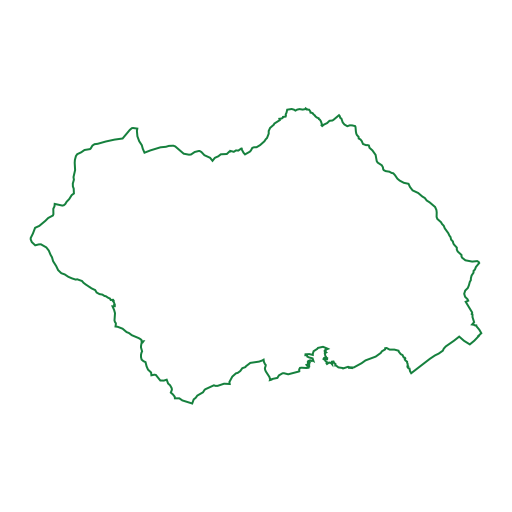 Balcani, Bacau, Romania
{"feature_id": "2599482B16052251783931", "entity_name": "Balcani", "entity_type": "district", "adm_level": 2, "iso_a3": "ROU", "parent_name": "Romania", "parent_adm1": "Bacau", "projection": "equal_earth", "projection_center": [26.5, 46.643], "detail": "fine", "context": "isolated", "style": "outline", "palette": "green", "viewbox_px": 512, "rotation_deg": 0, "n_neighbors": 0, "source": "geoboundaries", "source_scale": "gbopen_adm2", "svg_char_len": 6067}
<svg xmlns="http://www.w3.org/2000/svg" viewBox="0 0 512 512"><path d="M353.7,367.5L361.6,363.2L365.5,360.4L375.7,356.6L380.7,353.0L381.9,351.3L385.1,349.4L385.2,348.2L386.6,348.0L389.6,349.6L394.4,349.6L398.5,350.7L398.8,351.7L400.8,354.2L402.5,355.0L403.7,357.5L404.8,357.7L405.3,358.3L404.8,359.5L405.5,360.5L407.1,361.7L407.1,362.7L407.7,364.1L407.6,365.2L408.1,366.1L407.5,366.3L407.4,366.8L408.4,368.2L409.5,368.5L410.0,371.1L411.2,373.2L429.9,358.8L435.0,355.4L438.7,353.6L442.8,350.7L443.8,348.6L445.8,346.4L454.0,340.7L459.2,336.6L464.0,340.8L469.8,344.4L474.3,340.7L478.7,336.1L478.4,335.9L481.3,333.2L479.3,329.7L476.4,326.2L476.3,325.4L474.6,325.3L474.0,324.8L472.1,324.5L474.1,322.2L472.5,317.1L472.5,314.7L471.7,314.0L472.2,313.1L472.1,312.4L465.7,301.8L468.2,300.7L467.5,299.2L465.1,296.8L464.2,293.8L465.2,290.6L467.8,288.0L468.9,285.3L469.8,281.9L470.8,280.2L470.9,278.2L471.6,275.5L473.5,272.7L473.6,270.8L474.9,269.6L475.9,267.0L479.2,263.0L478.7,262.0L477.2,261.1L472.2,261.6L465.4,260.3L462.1,257.7L461.5,256.5L461.5,255.0L457.7,251.5L456.8,249.6L456.8,247.6L453.8,244.3L453.1,242.7L452.9,241.5L451.1,239.6L450.5,237.0L449.4,235.6L448.3,233.2L444.8,228.4L443.7,225.7L442.1,224.1L441.0,222.2L437.3,218.9L436.6,216.9L436.7,212.3L436.4,210.0L435.1,207.0L429.7,202.4L426.7,200.5L424.8,198.0L422.3,196.5L418.2,193.0L412.6,190.4L410.0,187.0L408.5,183.8L403.8,182.8L399.7,180.6L397.4,178.7L395.0,175.2L393.3,173.3L391.5,172.9L389.4,171.7L385.6,171.1L383.7,170.1L383.2,169.2L382.9,167.3L381.8,165.3L377.7,162.6L377.2,161.9L376.7,161.0L375.6,154.9L372.4,150.4L369.5,147.8L368.9,145.5L367.6,145.1L365.9,145.1L363.0,144.0L361.7,141.0L360.4,139.4L358.7,138.5L358.6,136.9L356.9,135.0L356.3,133.7L355.9,131.6L355.5,127.0L355.1,126.1L352.2,125.4L349.9,125.3L347.3,126.2L344.4,124.5L342.7,122.4L341.4,118.6L340.2,117.8L339.8,116.2L339.0,115.2L333.4,119.9L332.4,120.5L329.5,120.8L327.1,123.1L324.1,124.5L322.2,126.0L321.5,125.2L322.0,124.6L320.9,121.3L319.9,119.7L318.9,119.1L318.7,118.3L316.8,117.5L315.2,116.2L315.0,115.6L313.2,114.1L313.0,113.5L312.3,113.0L310.5,112.6L310.4,111.6L309.1,109.7L307.7,109.6L306.5,108.9L306.3,109.2L305.6,108.5L305.3,109.1L302.7,109.6L299.5,109.1L297.2,109.6L295.4,110.6L294.1,109.7L291.7,109.0L287.2,109.7L286.5,112.7L285.7,114.4L285.9,115.6L285.6,116.6L283.1,116.9L283.1,117.4L281.7,118.5L279.4,118.8L279.8,120.1L274.3,123.6L273.9,124.6L270.1,127.9L268.7,131.0L268.7,133.7L267.0,138.0L265.7,139.3L264.4,141.3L260.1,145.1L256.6,147.2L253.9,147.3L252.3,147.9L250.9,150.5L249.8,151.7L245.0,154.4L243.5,152.7L241.6,149.2L241.7,148.6L241.3,148.5L238.3,150.6L236.0,150.4L233.8,151.8L230.2,150.9L229.9,151.7L229.2,151.7L226.8,154.0L220.8,154.3L218.3,156.3L214.9,157.8L212.5,160.8L210.1,157.8L204.4,155.2L201.4,152.0L199.6,151.0L198.7,151.0L194.7,152.0L191.0,154.5L189.0,154.7L183.7,153.7L175.2,146.4L173.3,145.7L168.9,145.9L165.9,146.8L160.5,147.3L150.4,150.4L144.5,152.7L142.8,148.8L141.8,145.2L139.2,141.2L137.4,136.3L136.9,130.9L137.3,128.6L133.0,128.0L131.8,128.2L129.8,129.9L122.6,138.5L114.6,139.6L105.8,141.5L97.7,143.8L94.5,144.2L92.4,145.6L90.7,148.5L90.0,149.1L84.5,150.0L81.2,152.3L77.2,154.2L75.9,156.1L74.9,159.9L74.7,162.8L75.1,170.1L73.5,177.1L73.9,179.7L72.8,183.6L72.9,186.5L73.7,188.6L73.9,193.5L71.7,195.1L69.2,199.1L66.6,201.8L65.3,204.0L63.9,205.2L62.4,205.6L54.7,203.9L54.5,206.3L53.3,208.8L53.4,214.2L52.9,215.5L48.2,218.0L45.3,220.9L39.3,225.9L35.1,227.8L32.9,233.6L30.7,238.0L30.7,239.4L31.8,242.1L35.2,245.3L38.8,244.4L40.9,244.3L46.3,247.4L48.8,250.6L50.5,254.7L52.0,257.3L53.1,261.2L56.2,266.1L58.1,270.1L61.3,273.2L64.7,274.4L68.3,276.8L72.0,278.4L75.7,279.6L77.2,279.3L82.0,281.0L83.4,282.7L85.6,284.4L91.6,288.4L95.2,290.1L96.6,292.5L99.5,294.1L102.4,294.6L104.5,296.0L105.8,296.2L108.2,297.8L109.9,298.5L110.7,300.0L113.1,299.8L113.7,300.8L113.1,301.3L113.9,302.3L114.8,304.8L114.2,305.0L114.6,306.2L112.5,306.3L114.1,309.9L115.0,313.2L114.5,320.4L114.9,321.9L115.7,323.0L115.9,323.8L115.5,326.5L117.7,326.8L122.6,328.7L126.6,332.1L128.9,333.0L131.8,335.2L138.7,338.1L140.4,339.1L141.4,339.9L141.6,341.4L143.4,341.3L142.5,342.6L141.5,343.2L141.0,346.1L141.0,347.5L142.1,351.4L141.5,352.6L141.0,354.8L141.0,357.1L141.6,359.6L143.5,361.2L145.5,362.1L146.6,366.4L148.0,369.6L151.1,372.5L151.4,375.3L154.4,374.7L155.9,375.0L160.3,380.5L163.8,380.6L166.7,379.7L168.1,383.5L170.1,385.3L171.7,388.2L171.9,389.8L170.8,392.6L172.9,394.4L174.7,396.7L174.9,398.3L179.3,398.3L182.3,400.4L192.2,403.5L193.7,399.4L195.7,397.8L197.3,395.6L203.0,392.3L204.4,390.1L205.2,389.3L213.9,385.3L215.5,385.9L217.5,385.9L224.1,383.7L229.7,384.0L229.4,382.0L232.3,376.6L236.0,373.3L237.7,372.9L240.3,371.0L242.3,368.2L245.4,367.1L245.9,366.3L250.3,362.9L259.1,361.6L262.2,360.5L263.6,359.7L263.9,361.8L264.9,364.0L265.7,364.9L265.7,365.7L264.9,368.2L265.1,369.7L265.8,371.4L269.5,377.1L269.6,377.9L270.2,378.7L269.9,380.1L271.7,379.6L272.2,379.0L277.4,377.9L278.9,375.4L282.5,373.3L283.9,373.2L288.2,374.3L298.9,371.5L299.3,371.3L299.2,369.4L300.0,367.9L301.5,367.7L306.4,368.0L308.6,367.7L308.7,367.2L308.4,367.0L308.9,366.4L306.8,365.5L306.5,364.8L307.3,364.6L309.1,365.7L309.1,364.8L308.6,363.2L308.0,362.9L308.0,362.5L309.2,362.9L309.1,362.4L309.5,362.3L309.0,361.5L308.1,361.4L308.4,360.9L309.7,361.2L309.9,360.4L310.2,360.3L311.8,361.0L312.4,360.3L313.4,360.9L312.6,358.4L309.0,357.4L307.3,356.6L306.9,355.2L305.4,355.2L305.5,354.3L309.4,354.1L312.8,354.9L312.8,353.8L313.6,351.2L317.2,348.9L318.0,347.9L323.0,346.8L326.9,348.4L325.9,348.6L325.9,349.1L326.7,349.3L325.4,349.8L324.6,350.9L324.8,351.6L325.7,351.6L325.5,352.6L325.8,352.7L324.8,353.3L325.4,356.2L326.0,356.8L326.0,357.4L327.2,358.1L327.1,359.1L325.1,358.8L325.1,358.1L324.5,358.0L324.1,358.0L323.5,359.0L325.2,360.2L325.6,361.2L326.7,361.7L326.8,362.4L326.5,363.3L327.0,364.0L329.1,362.5L330.1,362.9L330.8,362.7L332.2,364.4L332.0,361.7L333.5,361.5L334.2,363.1L335.4,363.9L335.3,365.5L336.0,365.5L338.4,367.4L343.1,368.1L343.2,368.4L348.1,366.8L348.8,367.0L348.9,367.8L351.5,368.0L351.2,367.4L353.7,367.5Z" fill="none" stroke="#15803d" stroke-width="2"/></svg>